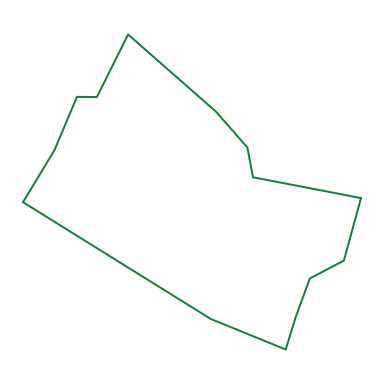 an SVG outline of Saint Thomas Middle Island
{"feature_id": "KNA-5111", "entity_name": "Saint Thomas Middle Island", "entity_type": "Parish", "adm_level": 1, "iso_a3": "KNA", "parent_name": "Saint Kitts and Nevis", "parent_adm1": "", "projection": "orthographic", "projection_center": [-62.788, 17.332], "detail": "fine", "context": "isolated", "style": "outline", "palette": "green", "viewbox_px": 384, "rotation_deg": 0, "n_neighbors": 0, "source": "natural_earth", "source_scale": "10m", "svg_char_len": 300}
<svg xmlns="http://www.w3.org/2000/svg" viewBox="0 0 384 384"><path d="M285.7,349.5L210.8,319.0L23.0,202.2L54.3,150.5L77.0,96.9L96.9,97.0L128.1,34.5L216.1,111.8L247.4,147.5L253.0,177.3L361.0,198.1L343.9,260.6L309.9,278.4L295.7,317.1L285.7,349.5Z" fill="none" stroke="#15803d" stroke-width="2"/></svg>